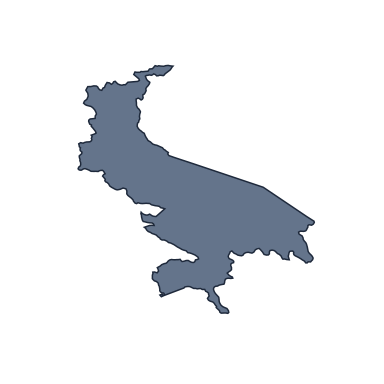 outline of Macarani, Bahia, Brazil, rotated 113°
{"feature_id": "56859067B98841260040337", "entity_name": "Macarani", "entity_type": "district", "adm_level": 2, "iso_a3": "BRA", "parent_name": "Brazil", "parent_adm1": "Bahia", "projection": "equal_earth", "projection_center": [-40.385, -15.539], "detail": "fine", "context": "isolated", "style": "filled", "palette": "slate", "viewbox_px": 384, "rotation_deg": 113, "n_neighbors": 0, "source": "geoboundaries", "source_scale": "gbopen_adm2", "svg_char_len": 6078}
<svg xmlns="http://www.w3.org/2000/svg" viewBox="0 0 384 384"><g transform="rotate(113 192 192)"><path d="M83.6,258.7L84.3,261.0L84.8,263.4L86.0,265.6L87.3,267.1L88.3,270.0L88.8,272.0L89.8,273.0L90.1,275.3L94.0,276.6L95.4,279.2L98.0,279.7L99.0,281.7L100.5,284.4L101.0,286.0L102.1,286.6L103.4,289.6L103.8,291.4L106.6,291.5L108.6,285.1L109.8,284.0L111.4,285.2L116.0,293.9L119.3,295.2L119.9,296.8L121.1,298.2L121.5,300.2L121.5,302.6L120.1,306.0L121.2,307.2L123.0,307.4L124.4,308.3L123.8,310.5L124.4,313.0L127.5,313.5L130.0,313.4L131.0,314.5L133.7,314.8L134.0,316.8L133.2,318.6L132.1,319.9L131.8,321.4L132.7,323.9L134.4,326.2L135.7,329.1L139.7,329.5L140.5,328.5L141.7,326.6L144.3,325.0L147.7,325.0L150.4,326.5L152.6,326.5L153.3,324.4L153.4,322.9L152.7,318.2L153.3,316.0L154.5,313.5L156.2,311.5L157.6,310.4L159.8,310.8L162.1,309.9L164.6,314.3L166.2,315.1L167.4,314.7L169.5,312.7L169.6,310.7L170.9,310.4L171.7,308.5L173.8,304.7L175.2,303.3L176.5,304.2L179.1,307.0L180.0,305.6L182.0,305.6L182.8,304.7L184.1,304.6L185.7,305.6L187.2,308.7L188.4,310.3L189.6,311.3L190.1,313.8L191.9,315.1L193.2,314.1L194.4,313.4L194.9,311.9L196.1,311.9L197.6,311.0L198.3,308.9L199.9,308.5L201.2,309.2L202.9,309.9L204.5,309.0L205.8,307.8L207.1,307.4L208.2,306.2L210.1,305.2L211.6,305.0L213.4,306.0L215.2,305.9L215.8,304.4L215.3,302.6L214.3,301.7L213.2,301.0L212.3,299.6L212.1,297.4L212.1,295.4L212.4,293.0L211.4,290.5L210.6,288.7L209.8,286.4L208.7,285.6L207.8,284.5L207.0,282.8L207.5,281.4L209.2,279.1L210.5,280.2L212.3,280.5L213.4,278.3L214.2,276.8L215.7,276.6L216.4,275.4L216.4,273.9L217.1,271.9L218.6,270.1L219.1,267.8L219.5,263.6L219.3,261.8L218.6,260.6L217.5,259.1L215.3,257.0L214.9,254.1L216.2,252.6L217.3,252.0L219.2,251.3L220.2,249.7L220.7,247.9L221.3,245.6L222.3,243.2L223.4,242.2L224.5,240.0L224.3,238.4L223.0,237.6L222.7,235.1L222.1,233.3L221.3,231.7L220.3,229.8L219.8,228.3L219.1,226.5L219.6,224.3L219.0,220.6L218.4,218.5L218.0,216.5L218.7,214.6L218.2,212.3L218.1,210.5L228.6,215.5L229.3,217.6L229.5,219.3L228.9,222.3L230.5,223.8L231.2,225.3L231.4,227.5L231.2,229.3L230.5,230.9L231.9,230.6L233.2,229.4L234.8,228.6L236.1,227.6L237.2,226.8L238.2,225.4L237.8,223.4L237.5,221.1L236.8,218.6L236.1,216.6L236.4,215.0L237.6,213.8L238.4,216.1L239.4,218.0L243.1,222.1L243.5,220.5L244.7,218.9L245.5,216.8L245.4,214.5L245.8,212.5L245.6,210.2L245.6,208.0L246.5,205.9L246.9,203.7L247.7,202.7L247.9,200.8L247.0,198.8L247.0,196.1L247.7,193.8L247.3,191.9L247.5,188.0L248.3,183.9L248.5,181.3L248.8,179.3L248.8,177.3L248.4,174.4L249.5,172.1L249.0,170.4L248.8,168.3L248.8,164.8L249.2,162.7L249.7,160.9L251.0,159.8L252.1,160.8L253.1,162.3L255.0,162.2L256.2,162.9L256.8,164.5L256.9,166.1L256.5,168.7L257.4,170.7L258.7,172.1L259.9,174.0L259.4,175.4L258.6,176.6L259.6,178.2L260.2,179.6L261.0,181.1L261.6,182.6L262.2,184.6L263.4,186.1L265.0,187.0L266.6,187.4L267.8,188.1L268.8,189.6L270.7,191.5L272.5,192.3L275.2,194.4L276.2,193.2L277.9,191.9L280.0,192.5L280.3,195.3L281.1,196.8L282.2,196.1L284.0,196.0L287.3,194.6L287.9,193.4L288.5,191.9L288.3,189.7L289.1,187.4L290.6,186.5L291.7,185.2L294.2,183.6L295.5,183.1L296.3,182.0L296.6,180.2L296.1,178.6L296.9,177.5L298.3,177.4L283.5,161.9L282.1,161.4L281.2,160.0L280.5,158.7L279.9,156.8L280.1,152.7L279.4,151.2L279.1,149.3L278.2,147.8L277.5,146.3L277.7,144.5L276.7,142.2L278.0,140.7L278.1,139.1L278.6,137.3L279.7,136.8L281.0,135.6L283.9,136.2L285.1,134.6L285.4,132.6L285.1,129.9L285.8,127.9L286.8,126.6L287.7,124.7L288.9,124.6L290.5,120.4L291.8,119.3L292.1,117.8L290.8,115.1L290.1,113.4L289.7,111.6L288.5,111.1L287.0,112.1L285.6,114.3L285.6,117.3L285.5,119.1L284.7,121.4L283.0,123.5L281.8,124.4L280.2,125.2L278.4,126.3L276.5,130.4L275.6,131.9L274.3,133.3L273.0,134.3L271.8,134.5L270.7,134.3L269.6,133.5L268.6,131.7L267.1,130.6L266.2,129.4L265.1,127.8L264.4,126.6L262.8,126.6L261.1,127.1L259.2,127.2L257.9,126.1L257.1,124.8L256.4,122.5L255.4,120.8L254.5,121.6L254.5,123.3L254.1,125.5L252.9,127.9L251.2,127.0L249.8,126.0L248.1,125.3L246.1,126.1L244.6,127.6L243.1,128.1L241.7,127.3L240.8,126.1L239.5,126.5L238.9,127.9L238.8,129.6L238.8,131.8L237.4,133.4L235.7,133.7L233.9,133.4L232.1,133.5L230.7,132.3L231.3,130.8L231.9,129.4L231.9,127.0L232.2,125.2L231.8,123.1L231.3,121.4L230.3,120.4L228.3,120.0L226.7,118.7L225.5,116.7L225.2,114.9L224.8,112.9L223.2,111.6L220.4,111.1L218.9,109.9L217.7,108.1L218.5,106.1L219.7,103.6L221.3,101.3L221.0,98.9L220.1,97.1L218.7,96.6L216.9,97.4L215.4,97.3L214.2,95.6L213.8,93.5L214.1,92.0L214.9,90.2L215.3,88.9L215.3,87.3L216.1,85.0L217.5,83.5L218.3,82.1L217.5,80.7L217.2,78.5L216.4,76.0L213.4,78.4L212.0,78.5L210.3,78.9L208.6,78.9L207.8,77.9L207.0,76.1L207.7,74.8L208.9,74.5L209.9,73.7L210.4,72.0L210.5,69.8L210.7,67.5L211.0,65.7L211.4,63.8L211.7,61.4L212.8,59.7L212.3,58.3L210.9,57.8L210.0,55.5L208.7,55.1L207.2,54.5L205.5,54.7L204.2,56.2L203.4,57.8L202.9,59.2L202.2,60.7L201.3,61.9L197.7,64.3L195.2,66.3L194.1,67.6L193.3,69.4L192.2,71.1L190.9,71.8L189.4,73.5L189.1,75.9L188.7,77.3L187.3,78.2L185.7,76.9L184.6,73.8L183.4,72.2L182.1,71.8L180.7,71.8L179.2,71.6L177.5,72.2L176.4,71.4L175.8,68.9L174.2,67.8L172.3,67.5L171.2,68.3L169.9,76.2L159.8,128.3L165.5,202.0L167.1,221.3L167.5,227.5L166.5,229.2L164.9,229.2L164.5,231.5L163.9,233.1L163.8,234.6L162.8,236.5L162.7,242.6L163.1,244.5L163.2,246.9L162.1,250.0L161.8,252.6L160.6,254.2L159.8,255.5L158.3,257.3L156.6,258.9L156.4,260.9L155.8,262.4L155.4,264.3L154.5,266.3L152.9,268.2L150.9,268.8L149.8,269.0L148.5,268.4L147.0,268.8L145.1,268.6L143.0,269.9L140.4,270.6L139.1,270.6L138.0,271.0L136.5,273.1L135.8,275.0L134.1,276.9L131.4,278.1L129.8,279.1L128.2,279.7L126.6,278.2L126.7,276.6L127.2,274.8L126.0,273.9L124.4,273.8L123.0,274.7L121.5,275.2L120.4,274.1L118.7,273.9L116.7,273.8L115.0,274.9L113.3,274.7L111.4,274.0L109.0,273.5L107.5,273.7L107.0,275.8L106.1,277.8L103.6,280.2L102.6,279.6L101.8,278.2L100.9,277.0L100.4,274.9L99.4,274.0L98.3,273.5L98.2,271.6L98.9,269.9L98.1,268.4L97.1,267.4L96.6,265.8L96.1,263.9L95.0,263.2L93.8,263.0L88.2,259.8L86.5,259.4L85.0,259.2L83.6,258.7ZM298.3,177.4L297.9,179.8L299.4,181.3L300.4,179.3L298.3,177.4Z" fill="#64748b" stroke="#1e293b" stroke-width="1.5"/></g></svg>